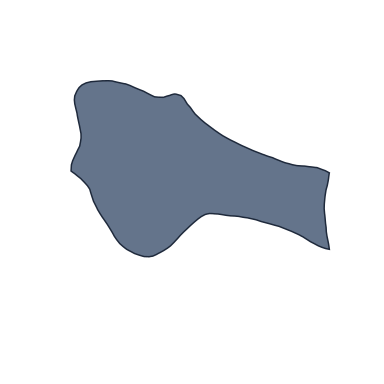 Sayun, Hadramawt, Yemen (Mercator projection), rotated 117°
{"feature_id": "15242507B12607527739382", "entity_name": "Sayun", "entity_type": "district", "adm_level": 2, "iso_a3": "YEM", "parent_name": "Yemen", "parent_adm1": "Hadramawt", "projection": "mercator", "projection_center": [48.811, 16.015], "detail": "fine", "context": "isolated", "style": "filled", "palette": "slate", "viewbox_px": 384, "rotation_deg": 117, "n_neighbors": 0, "source": "geoboundaries", "source_scale": "gbopen_adm2", "svg_char_len": 3176}
<svg xmlns="http://www.w3.org/2000/svg" viewBox="0 0 384 384"><g transform="rotate(117 192 192)"><path d="M112.6,78.3L112.5,83.0L112.6,83.7L113.0,86.9L113.5,91.7L114.2,93.4L115.0,95.7L115.7,97.6L116.4,99.4L116.6,100.0L117.7,103.2L119.4,107.0L120.9,110.6L122.1,114.9L122.8,118.6L123.3,120.6L123.7,122.4L124.2,126.6L124.2,127.1L124.6,131.2L124.8,134.1L124.8,135.5L125.6,139.9L126.0,142.9L126.1,144.4L126.4,146.2L126.7,149.4L127.2,154.2L127.5,157.6L127.5,158.3L127.7,162.2L127.9,166.2L128.0,167.6L128.1,171.4L128.1,174.7L128.1,176.1L128.2,181.2L128.1,185.3L127.9,190.3L127.4,194.7L126.7,199.8L125.7,205.5L124.6,211.8L123.3,217.4L123.1,217.9L122.2,221.0L121.1,224.7L119.4,228.2L117.4,231.9L115.8,236.1L112.4,241.6L111.1,245.6L111.8,249.4L112.1,250.8L112.6,252.0L113.4,253.1L114.7,254.5L115.2,255.0L115.5,255.1L118.0,257.9L120.6,260.4L122.8,265.0L124.2,268.6L124.3,272.4L124.3,276.6L124.2,280.9L124.6,284.9L125.0,289.9L125.2,294.0L125.2,294.9L125.3,296.0L125.8,300.1L126.5,302.3L126.9,303.8L128.2,308.7L128.8,311.2L129.3,313.5L129.8,314.7L131.0,317.4L132.3,319.8L133.5,322.1L136.4,326.9L139.6,332.1L142.9,335.9L145.3,337.7L146.5,338.6L148.0,339.2L150.2,340.0L153.0,340.3L154.8,340.4L159.6,340.1L163.4,338.6L166.8,336.4L167.1,336.1L170.0,333.7L172.4,331.6L173.9,330.3L175.9,328.9L177.7,327.5L180.3,325.4L181.3,324.6L184.2,322.2L187.3,319.8L190.4,317.4L193.0,316.0L194.4,315.3L195.0,315.1L198.0,314.1L202.1,312.9L203.1,312.9L206.4,312.9L209.1,312.8L210.2,312.8L212.7,312.8L214.0,312.7L214.7,312.7L218.4,312.5L222.5,311.8L225.7,310.4L228.2,309.3L228.6,307.1L228.9,304.9L229.7,301.3L230.3,298.3L230.5,297.3L231.5,294.4L232.2,292.3L233.9,287.9L235.9,284.4L239.0,281.5L242.0,278.5L244.1,276.4L245.1,275.4L245.2,275.2L247.7,271.8L250.0,268.7L250.4,268.3L253.2,263.8L255.4,260.0L256.2,258.4L257.3,256.4L259.2,252.9L259.5,252.4L262.1,248.1L264.3,244.6L265.3,243.1L266.7,241.1L268.7,237.4L270.3,233.9L270.7,233.1L271.8,228.9L272.4,226.0L272.7,224.2L272.8,221.5L272.8,219.6L272.9,215.3L272.2,210.3L271.5,206.5L271.2,205.2L269.4,201.4L269.3,201.0L268.2,199.6L266.9,197.8L263.8,195.3L262.1,194.2L260.5,193.0L257.1,190.7L253.2,188.4L251.2,187.4L249.7,186.7L245.1,185.2L241.9,184.3L240.2,183.8L235.8,182.7L231.4,181.3L226.4,179.5L225.5,179.2L222.4,178.1L217.5,176.2L213.5,174.5L211.9,173.7L209.7,172.6L206.1,170.1L204.9,168.8L203.2,166.6L201.8,163.6L201.5,162.8L201.1,161.8L199.8,158.9L198.5,155.0L197.2,150.8L196.3,148.4L195.8,147.0L195.4,146.1L194.0,143.0L192.5,139.2L191.6,136.0L191.3,135.0L190.8,133.5L189.8,130.8L189.1,127.9L188.8,126.8L187.7,122.5L187.6,122.0L186.9,117.0L186.1,113.3L185.0,108.2L184.4,105.1L184.1,103.5L183.1,98.9L182.7,94.7L182.3,90.3L181.9,86.0L181.8,84.5L181.7,81.6L181.6,80.0L181.5,76.8L181.6,74.8L181.6,72.5L181.8,71.0L182.1,67.6L182.5,63.8L182.5,59.7L182.6,55.9L182.6,55.1L182.6,54.9L182.3,51.2L181.7,47.2L180.7,43.6L178.0,45.5L176.2,46.8L174.3,48.3L172.8,49.5L169.8,51.9L166.4,54.3L162.6,56.5L159.3,58.8L154.8,61.6L152.3,63.2L151.0,64.1L146.8,66.7L143.2,68.4L142.3,68.8L141.3,69.2L138.3,70.4L136.0,71.3L134.6,71.8L129.4,73.5L127.5,73.9L124.9,74.4L120.0,75.8L117.9,76.5L116.3,77.1L113.4,78.1L112.6,78.3Z" fill="#64748b" stroke="#1e293b" stroke-width="1.5"/></g></svg>